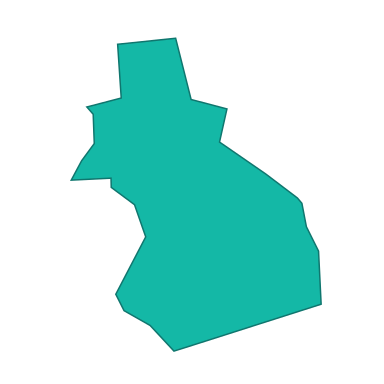 Portsmouth, Virginia, United States of America (Mercator projection), rotated 353°
{"feature_id": "52423323B65063199058226", "entity_name": "Portsmouth", "entity_type": "district", "adm_level": 2, "iso_a3": "USA", "parent_name": "United States of America", "parent_adm1": "Virginia", "projection": "mercator", "projection_center": [-76.365, 36.855], "detail": "fine", "context": "isolated", "style": "filled", "palette": "teal", "viewbox_px": 384, "rotation_deg": 353, "n_neighbors": 0, "source": "geoboundaries", "source_scale": "gbopen_adm2", "svg_char_len": 499}
<svg xmlns="http://www.w3.org/2000/svg" viewBox="0 0 384 384"><g transform="rotate(353 192 192)"><path d="M73.6,165.5L113.3,168.4L112.4,177.6L133.4,197.6L140.6,230.9L103.9,284.2L110.1,301.5L134.2,319.4L154.7,347.7L176.2,343.7L306.5,319.1L310.4,266.1L301.3,240.4L299.7,216.6L295.9,210.8L267.6,183.3L225.4,145.8L231.2,129.5L236.8,113.8L202.4,100.1L194.5,37.4L136.2,36.3L133.2,90.1L98.0,94.8L103.4,102.8L100.9,132.0L86.2,147.6L73.6,165.5Z" fill="#14b8a6" stroke="#0f766e" stroke-width="1.5"/></g></svg>